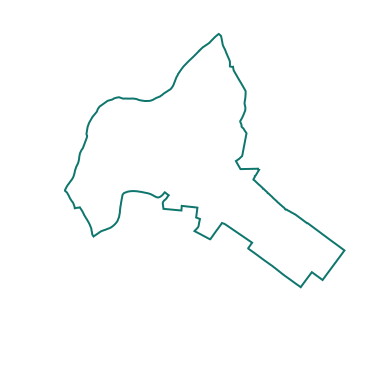 Facaeni, Ialomita, Romania, rotated 246°
{"feature_id": "2599482B24358935740376", "entity_name": "Facaeni", "entity_type": "district", "adm_level": 2, "iso_a3": "ROU", "parent_name": "Romania", "parent_adm1": "Ialomita", "projection": "mercator", "projection_center": [27.92, 44.584], "detail": "fine", "context": "isolated", "style": "outline", "palette": "teal", "viewbox_px": 384, "rotation_deg": 246, "n_neighbors": 0, "source": "geoboundaries", "source_scale": "gbopen_adm2", "svg_char_len": 5763}
<svg xmlns="http://www.w3.org/2000/svg" viewBox="0 0 384 384"><g transform="rotate(246 192 192)"><path d="M325.5,280.7L325.4,280.2L324.6,277.2L324.2,276.0L322.7,272.1L321.1,268.3L319.8,260.8L318.3,256.4L318.2,256.5L315.0,248.2L312.8,241.9L310.1,235.2L308.3,232.0L306.6,229.2L305.3,227.1L304.3,226.1L303.2,224.5L297.7,219.0L296.5,217.6L295.3,215.6L294.7,214.4L293.4,206.1L292.7,203.9L292.6,202.7L292.3,201.8L292.4,198.5L292.5,197.9L292.1,193.6L292.3,191.0L293.3,188.2L294.3,185.9L296.0,183.3L296.0,183.2L297.5,181.1L299.6,179.0L301.4,176.1L302.1,174.3L302.7,172.9L303.9,170.4L304.6,168.9L305.1,167.5L305.7,166.6L308.3,163.8L309.0,160.7L309.2,158.8L308.9,157.0L309.6,152.0L307.6,142.2L306.0,139.6L304.1,137.8L301.0,131.5L296.9,126.0L293.9,123.1L288.3,119.4L287.3,119.0L286.6,119.1L285.8,119.0L284.2,117.8L281.3,114.9L278.3,112.0L276.3,109.9L275.8,109.0L275.5,108.6L275.0,107.8L274.5,107.2L272.9,105.4L271.5,104.4L269.8,103.2L268.1,102.3L266.6,101.2L264.8,99.8L263.7,98.5L261.9,96.3L261.2,95.7L260.2,94.8L259.0,93.7L258.2,93.2L256.6,92.0L255.6,91.1L254.4,90.1L253.4,89.0L252.7,88.0L252.1,87.0L250.6,84.3L249.6,82.7L249.2,81.8L248.4,80.6L247.8,79.7L245.7,77.1L245.1,76.6L244.7,76.5L243.2,77.2L242.5,77.5L241.4,77.7L240.7,77.7L239.3,77.9L238.3,77.9L235.7,78.0L233.6,78.3L231.9,78.6L231.5,78.8L231.2,78.9L230.2,79.0L229.6,79.0L228.1,78.8L227.2,78.8L226.0,78.6L224.8,78.3L224.6,79.3L224.1,81.3L223.8,82.0L223.7,82.8L223.6,83.3L221.9,83.5L220.5,83.8L218.9,84.0L216.9,84.1L216.3,84.1L215.6,84.2L215.4,84.2L215.2,84.1L211.9,84.5L209.1,84.9L206.8,85.1L206.1,85.2L203.9,85.3L201.4,85.2L199.7,85.2L199.1,85.0L198.2,84.7L196.7,84.4L196.4,84.4L195.7,84.2L194.8,83.9L194.3,83.8L193.7,83.6L191.4,84.0L191.6,84.7L191.8,85.9L191.9,86.6L192.2,88.1L192.3,88.8L192.7,90.7L193.1,93.0L193.0,94.9L192.8,96.9L192.7,98.4L192.6,100.5L192.5,101.9L192.6,103.7L193.1,106.0L193.8,108.2L194.5,109.8L194.7,110.2L195.1,110.9L195.6,111.8L196.2,112.5L197.0,113.3L198.1,114.4L198.8,115.2L199.9,115.9L200.5,116.3L202.6,117.8L204.0,118.4L204.3,118.6L204.6,118.8L205.6,119.4L206.6,120.0L207.5,120.5L209.2,121.7L210.3,122.4L211.3,123.0L212.6,123.9L213.0,124.2L213.5,124.5L214.8,125.4L215.6,125.9L215.9,126.2L216.7,126.7L217.2,127.1L217.6,127.4L217.8,127.6L217.9,127.8L218.1,128.1L218.4,128.8L218.6,129.2L218.6,129.4L218.7,130.3L218.6,131.1L218.5,132.7L218.5,133.1L218.1,134.8L217.9,135.6L217.7,136.3L216.9,138.3L216.6,139.0L216.1,140.0L215.7,140.8L215.0,142.1L213.6,144.2L213.4,144.5L213.3,144.8L212.7,145.7L210.1,149.3L208.8,151.2L208.4,151.6L207.8,152.3L207.0,153.2L206.7,153.5L205.9,154.1L205.6,154.4L205.2,154.7L204.9,154.9L204.6,155.2L203.7,155.8L202.5,156.8L202.0,157.2L201.8,157.4L201.6,157.6L201.4,157.8L201.3,158.1L200.7,159.0L200.6,159.5L200.6,159.9L200.6,161.0L200.7,161.6L200.8,162.2L201.0,163.1L201.4,164.1L201.6,164.5L202.1,165.6L202.3,165.9L202.4,166.2L202.6,166.6L202.8,167.0L202.5,167.2L201.6,167.7L200.0,168.5L198.5,169.4L198.3,168.9L196.9,166.6L196.7,166.4L196.0,164.8L195.5,162.8L194.5,161.4L194.0,160.9L193.4,160.6L188.2,159.1L179.4,174.8L183.5,177.0L180.2,182.6L176.1,189.7L175.5,190.6L167.0,185.4L164.1,188.3L161.7,186.5L159.8,185.2L159.6,185.1L158.5,184.3L157.7,183.7L157.2,183.0L155.3,178.4L154.1,179.3L149.2,183.2L148.5,183.7L146.6,185.2L144.3,187.0L143.5,187.6L142.5,188.4L141.4,189.3L141.4,189.5L142.5,191.4L143.5,193.1L144.4,194.6L147.1,199.2L147.9,200.7L148.5,201.7L149.2,202.9L151.1,206.2L151.5,206.7L150.4,207.9L149.9,208.5L149.6,208.7L149.1,209.1L146.2,210.9L143.8,212.4L132.6,219.3L127.1,222.7L122.2,225.7L121.2,226.3L117.8,220.5L117.6,220.4L117.4,220.4L114.8,221.9L110.9,224.2L108.6,225.5L99.6,230.6L93.2,234.4L91.6,235.4L89.7,236.3L88.6,237.0L86.4,238.1L82.4,240.2L80.5,241.2L77.2,243.0L72.0,246.1L65.9,249.6L63.6,251.0L61.9,252.0L60.8,252.6L61.3,253.4L65.0,259.9L70.0,268.9L58.5,275.5L61.0,279.9L62.7,282.9L67.5,291.4L72.0,299.4L76.6,307.5L80.2,305.5L86.0,302.2L90.5,299.6L111.3,287.9L116.1,285.2L117.0,284.5L116.9,284.3L123.5,280.6L129.5,277.2L129.9,276.8L130.2,276.6L130.5,276.4L131.8,275.4L132.2,275.1L132.5,274.8L133.4,274.2L134.9,273.1L135.5,272.6L136.1,272.1L137.5,271.3L137.6,271.1L137.6,270.9L137.6,270.6L137.7,270.4L138.5,270.0L138.8,270.1L139.9,269.8L141.0,269.3L141.9,268.8L143.3,268.2L144.9,267.4L147.1,266.5L147.5,266.2L148.2,265.9L148.7,265.8L149.2,265.6L151.0,264.8L153.1,263.9L153.6,263.7L154.1,263.4L154.5,263.3L154.9,263.3L157.0,262.3L159.7,261.2L159.8,261.0L160.1,260.7L160.3,260.8L160.7,260.7L160.9,260.7L161.4,260.5L162.1,260.2L163.4,259.6L164.5,259.2L165.5,258.8L165.8,258.5L166.1,258.3L166.2,258.1L166.4,258.1L166.7,258.1L166.9,258.2L170.6,256.6L171.8,256.0L173.7,255.2L176.7,254.0L177.8,253.5L178.0,253.2L178.5,253.2L179.1,254.0L179.6,254.6L180.1,255.4L180.4,255.6L180.8,255.7L181.0,255.8L181.1,256.1L181.1,256.5L181.2,256.9L184.9,262.2L185.4,261.5L186.4,261.8L193.2,245.6L202.4,244.7L202.7,246.3L202.9,247.3L203.0,248.2L204.5,252.5L223.5,265.7L226.2,265.2L229.2,264.8L229.3,264.7L230.2,264.3L230.6,264.1L230.9,264.0L231.3,263.9L231.6,263.9L231.8,263.9L232.4,264.2L232.8,264.4L233.0,264.5L234.1,264.6L236.2,264.6L236.5,264.7L236.8,264.7L237.1,264.9L237.3,265.1L238.8,267.2L240.3,269.0L241.0,269.8L242.7,271.6L243.5,272.4L243.8,272.7L244.5,273.5L244.8,273.8L245.1,273.9L245.3,274.0L246.5,274.7L247.4,275.1L247.9,275.2L248.6,275.4L249.7,275.6L250.3,275.7L250.5,275.7L251.6,276.1L252.2,276.3L253.1,276.9L254.0,277.5L256.0,278.8L256.5,279.1L256.8,279.3L258.5,280.2L259.8,280.8L260.9,281.4L261.9,281.8L262.4,282.0L262.7,282.0L263.0,282.0L270.0,281.3L275.8,280.6L285.4,279.6L286.6,279.6L289.7,280.4L289.8,280.0L289.9,279.7L290.2,279.2L291.0,278.0L291.3,277.7L295.0,279.4L296.7,279.8L305.1,279.9L308.7,280.1L311.5,279.9L313.3,279.9L314.7,280.1L316.9,280.7L321.7,281.8L323.1,281.9L325.5,280.7Z" fill="none" stroke="#0f766e" stroke-width="2"/></g></svg>